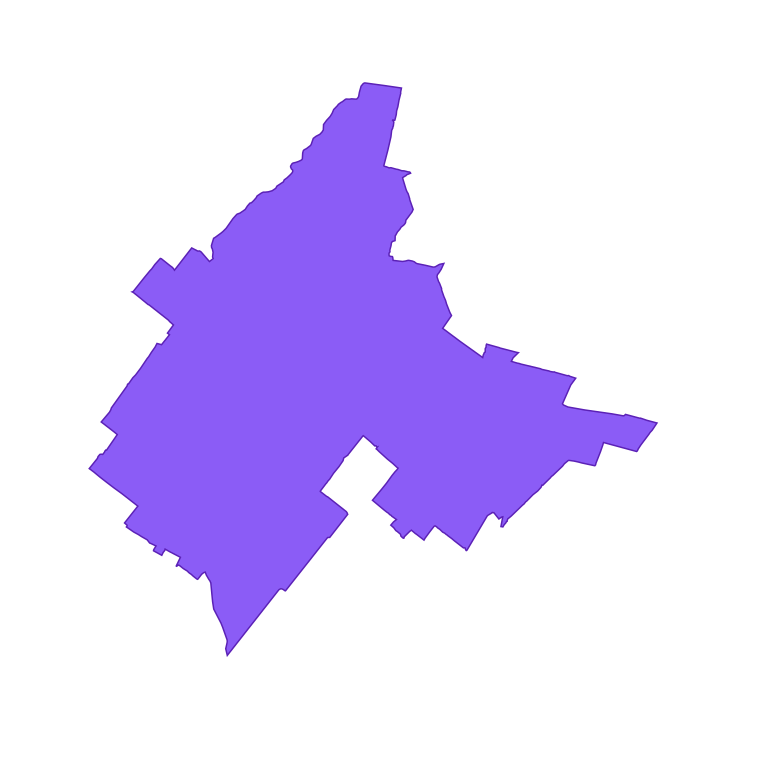 outline of Jiana, Mehedinti, Romania, rotated 280°
{"feature_id": "2599482B91903527279634", "entity_name": "Jiana", "entity_type": "district", "adm_level": 2, "iso_a3": "ROU", "parent_name": "Romania", "parent_adm1": "Mehedinti", "projection": "albers", "projection_center": [22.719, 44.37], "detail": "fine", "context": "isolated", "style": "filled", "palette": "violet", "viewbox_px": 768, "rotation_deg": 280, "n_neighbors": 0, "source": "geoboundaries", "source_scale": "gbopen_adm2", "svg_char_len": 6157}
<svg xmlns="http://www.w3.org/2000/svg" viewBox="0 0 768 768"><g transform="rotate(280 384 384)"><path d="M393.0,659.6L393.9,649.1L394.8,643.5L394.9,642.2L394.7,642.0L396.0,627.1L394.7,626.2L394.2,625.2L394.2,613.7L393.3,586.2L393.3,569.1L394.5,564.4L395.5,563.2L415.5,568.1L423.0,571.8L423.9,565.4L424.4,564.5L424.0,563.0L425.2,550.6L425.5,549.7L425.2,548.5L425.2,545.5L425.5,544.3L425.8,536.8L426.2,535.6L427.4,515.5L427.7,513.4L427.7,511.6L428.4,505.5L432.2,506.6L438.2,510.9L438.2,509.4L439.6,491.9L439.8,491.3L441.1,478.1L440.1,477.9L437.7,478.1L436.8,477.6L436.0,477.6L433.3,478.1L432.8,477.9L432.5,477.4L431.8,477.2L430.6,477.0L429.9,476.7L427.2,476.6L439.4,451.1L449.0,432.1L463.1,438.6L466.0,436.4L473.7,431.7L477.0,430.1L480.5,427.8L486.6,424.4L488.1,424.1L493.0,421.1L494.3,420.0L498.7,417.6L500.8,417.6L503.3,418.9L506.9,420.4L513.1,422.0L511.6,418.2L510.9,417.2L508.3,414.1L507.8,412.8L507.7,412.0L508.1,404.1L508.3,395.6L508.6,394.5L509.6,392.7L510.0,390.7L510.1,386.9L509.9,386.1L508.8,383.7L507.9,381.0L507.3,371.5L510.0,370.7L510.9,370.2L511.0,369.8L510.8,368.7L511.1,366.9L511.8,366.6L513.2,366.3L513.9,366.3L514.5,366.7L515.3,366.9L516.9,366.5L521.4,366.9L524.2,366.8L524.9,367.0L525.9,367.7L527.1,370.0L531.9,369.3L532.6,369.7L536.0,370.8L539.1,372.7L541.4,373.6L544.0,375.9L545.5,376.8L546.7,377.2L549.1,377.1L558.2,381.7L561.0,382.4L570.1,377.3L571.0,377.1L575.7,374.7L577.4,373.2L579.5,371.9L589.2,367.0L590.5,366.5L593.1,369.5L593.9,370.0L594.3,370.5L596.2,373.6L596.9,373.1L597.2,372.3L597.1,370.8L597.3,368.7L597.4,366.7L597.1,364.5L597.7,360.6L597.7,358.7L598.2,353.6L598.1,352.6L597.7,351.6L598.3,348.8L598.5,346.4L598.9,345.9L615.2,347.2L628.6,347.9L635.1,347.5L637.7,348.2L638.9,348.1L639.6,348.4L643.6,348.2L644.7,347.4L645.2,346.7L645.6,346.9L645.5,348.5L645.6,348.8L645.9,348.9L651.4,349.3L655.2,349.0L659.4,349.5L666.2,349.5L673.2,350.0L674.2,349.7L678.5,349.8L678.0,332.9L677.2,313.2L677.0,312.3L676.1,311.3L673.3,309.7L667.0,309.1L663.0,309.1L661.7,308.8L660.1,307.8L659.7,307.2L659.2,302.5L658.5,300.5L658.1,297.4L657.7,296.6L654.8,294.0L653.9,292.8L651.5,290.5L650.0,289.8L645.6,286.8L641.6,285.9L638.1,284.5L633.7,281.7L629.1,279.4L623.6,280.1L621.2,279.1L618.7,277.4L616.2,274.1L613.6,271.7L607.3,270.7L606.1,270.2L602.3,266.7L600.7,264.6L599.6,264.0L597.4,263.8L591.5,264.5L590.6,264.1L590.0,263.5L588.4,261.3L586.9,258.6L585.8,256.0L585.0,255.2L582.4,254.2L581.6,254.3L579.8,255.4L578.8,256.9L577.4,257.2L576.8,257.1L575.5,256.5L573.3,255.0L570.1,252.6L567.7,250.3L565.6,249.8L560.3,244.2L557.9,243.4L554.9,240.3L553.2,236.8L552.3,233.7L552.0,231.9L551.6,231.2L550.7,230.0L547.5,226.7L547.0,226.3L545.3,225.8L541.8,223.7L539.5,222.0L538.8,220.5L535.6,218.6L531.8,217.0L527.3,212.5L525.9,210.0L525.4,209.5L520.8,206.6L509.9,201.5L506.2,198.9L504.1,197.1L499.0,192.2L497.9,190.9L490.3,190.0L488.2,190.6L487.6,191.3L484.0,192.8L479.3,193.1L477.8,194.0L474.3,190.8L482.2,181.1L482.7,180.2L483.0,179.0L482.7,178.3L482.6,177.4L484.6,171.0L459.7,157.9L461.2,156.5L462.3,155.0L463.2,153.1L468.7,143.0L468.8,141.9L461.9,137.6L457.1,135.3L454.7,133.7L446.9,129.3L431.6,121.0L431.0,120.0L430.7,121.0L428.5,125.1L421.3,137.9L421.1,138.9L409.4,160.7L408.2,162.1L405.6,166.4L396.5,161.9L395.3,164.2L384.1,158.1L384.5,153.4L380.7,152.2L374.5,149.3L370.0,147.5L368.1,146.4L357.1,141.5L349.8,137.8L346.6,135.6L339.8,132.4L339.6,131.8L339.1,131.5L337.4,131.3L314.2,120.2L313.2,119.7L311.0,119.4L308.5,118.5L297.5,112.1L290.0,126.4L287.9,130.1L270.8,122.3L270.7,121.5L269.3,120.7L268.4,120.6L265.8,119.2L265.8,117.8L265.5,116.8L265.3,116.4L262.9,115.0L261.0,114.7L249.5,108.4L247.0,113.4L242.9,120.6L239.5,127.0L234.9,135.9L230.4,145.1L221.0,162.8L202.1,152.6L200.4,155.4L200.1,155.6L199.5,155.6L198.5,155.1L194.7,163.4L193.1,168.2L191.7,171.5L189.4,177.9L186.7,180.8L186.5,181.9L184.9,187.6L181.4,186.2L180.3,185.9L179.7,186.0L176.7,194.9L179.8,195.8L182.0,197.0L183.4,197.1L181.6,202.1L178.0,213.6L168.7,211.0L168.5,211.3L168.9,211.9L170.0,212.9L170.0,213.3L169.6,214.4L167.4,218.4L165.5,223.1L164.6,224.1L163.8,225.6L163.1,227.2L161.6,229.5L159.4,233.6L159.3,234.4L159.7,234.7L164.1,237.0L165.4,237.8L166.9,239.2L167.7,240.6L165.0,242.2L161.2,245.4L159.8,246.8L158.0,248.0L139.9,253.0L132.8,255.4L120.2,265.0L116.5,267.3L104.8,273.9L103.4,274.3L101.9,274.4L95.8,274.1L89.5,276.8L163.1,316.2L163.5,316.6L164.5,318.1L164.3,320.0L163.1,322.6L163.4,323.0L223.0,355.1L223.5,357.2L249.4,370.9L250.3,370.2L250.7,370.1L251.8,369.0L263.1,348.1L263.3,347.1L267.1,339.9L267.3,339.8L275.9,344.2L276.4,344.6L279.0,345.8L280.8,347.0L287.3,349.8L294.8,354.0L301.4,357.0L304.2,357.2L307.7,360.8L308.2,360.9L329.1,372.2L329.5,372.6L324.7,380.8L321.4,385.7L321.7,386.4L321.7,386.9L320.9,387.7L320.7,388.1L320.9,388.5L318.8,387.5L318.3,388.5L316.6,390.9L310.7,400.3L307.3,406.4L304.2,411.2L303.6,412.5L302.2,411.9L299.3,410.0L295.1,407.7L286.8,403.7L280.4,400.2L267.5,392.8L259.9,406.0L258.2,409.2L257.5,410.9L256.8,411.7L256.2,412.7L255.8,414.0L255.2,414.5L252.7,419.8L249.8,417.3L246.2,415.2L244.1,418.6L241.7,421.1L241.0,422.7L238.9,426.3L237.1,427.1L236.1,428.6L235.5,429.7L235.6,430.2L235.9,430.5L236.7,430.4L237.2,430.6L243.4,435.0L244.8,436.4L242.0,441.1L241.9,441.6L237.2,450.5L239.2,451.2L246.1,454.6L252.5,458.0L253.1,458.8L253.1,459.2L252.4,460.8L251.7,461.6L250.6,464.1L248.3,467.5L247.6,469.8L246.6,471.4L246.2,472.5L245.8,473.0L243.4,477.8L241.8,480.5L236.4,490.7L236.7,492.1L236.4,492.5L235.2,493.0L234.3,493.8L234.3,494.2L234.8,494.6L272.1,508.6L272.9,509.3L275.1,511.9L276.3,512.9L276.1,513.5L276.4,514.5L271.0,520.6L273.2,522.7L273.8,524.0L263.9,523.9L263.9,525.9L266.3,526.8L268.2,528.0L269.7,528.5L270.1,529.1L270.8,529.0L272.9,529.4L273.5,530.1L276.0,532.2L288.8,541.5L290.1,542.7L292.6,544.0L293.5,544.9L300.8,549.9L305.4,554.0L309.4,556.5L310.3,556.8L311.8,557.0L311.9,558.0L320.6,564.2L322.0,564.9L323.2,566.1L334.1,574.1L336.8,575.5L340.6,578.7L340.9,579.3L341.1,584.5L340.9,589.2L340.6,592.3L340.1,605.8L341.0,606.4L342.9,606.5L355.2,609.0L362.1,610.1L364.5,610.3L361.4,644.5L362.1,645.1L364.3,645.7L368.5,647.5L380.9,653.8L382.4,654.4L385.0,656.1L393.0,659.6Z" fill="#8b5cf6" stroke="#5b21b6" stroke-width="1.5"/></g></svg>